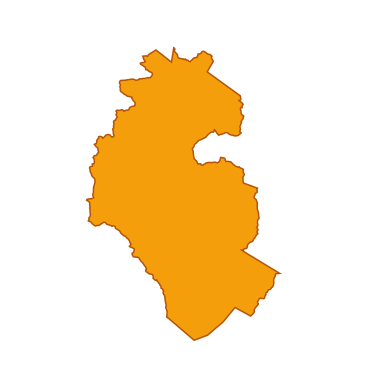 outline of Santa Quitéria, Ceará, Brazil, rotated 208°
{"feature_id": "56859067B17930491929405", "entity_name": "Santa Quitéria", "entity_type": "district", "adm_level": 2, "iso_a3": "BRA", "parent_name": "Brazil", "parent_adm1": "Ceará", "projection": "albers", "projection_center": [-39.983, -4.362], "detail": "fine", "context": "isolated", "style": "filled", "palette": "amber", "viewbox_px": 384, "rotation_deg": 208, "n_neighbors": 0, "source": "geoboundaries", "source_scale": "gbopen_adm2", "svg_char_len": 6101}
<svg xmlns="http://www.w3.org/2000/svg" viewBox="0 0 384 384"><g transform="rotate(208 192 192)"><path d="M294.5,293.6L294.9,292.3L294.8,291.0L296.4,290.7L299.2,288.8L298.3,288.1L297.6,287.1L296.7,286.3L295.4,285.9L294.5,285.0L295.3,283.9L297.3,282.4L298.1,281.4L297.1,280.6L294.7,280.6L293.3,280.3L292.0,280.3L290.2,278.3L288.8,279.1L287.8,278.5L285.8,278.3L284.7,278.5L283.1,278.3L282.2,277.6L282.0,276.0L282.3,274.9L282.4,273.7L283.2,272.9L285.2,271.9L287.0,270.0L288.3,269.4L290.5,267.7L291.6,267.3L292.3,265.6L294.0,264.3L296.3,264.2L298.4,263.3L299.2,262.6L302.4,260.2L303.0,259.6L307.2,257.1L307.7,256.1L307.5,255.2L307.1,254.0L305.9,253.4L305.3,252.5L305.1,250.9L304.0,250.0L303.1,248.0L302.1,247.3L299.7,247.0L298.4,246.6L297.3,246.5L295.9,246.7L294.8,246.3L293.8,246.3L291.1,247.2L289.5,247.4L289.0,246.5L288.1,245.8L286.6,245.1L283.9,244.1L283.7,243.0L282.9,241.6L283.7,240.4L284.8,239.7L286.4,237.8L286.7,236.4L286.3,235.4L286.8,234.5L288.9,233.0L289.8,231.3L291.2,231.9L292.1,231.9L292.9,231.6L293.6,230.5L295.2,229.5L296.3,229.3L297.1,228.4L296.9,227.5L296.0,227.1L295.3,226.0L295.5,224.7L293.2,223.1L293.4,221.8L293.4,220.5L293.2,219.6L293.9,219.0L294.4,217.9L294.0,216.7L292.6,215.2L292.5,213.7L291.3,212.0L291.6,210.7L290.6,209.1L289.7,208.4L289.5,207.5L288.7,206.5L287.7,205.7L287.3,204.8L287.6,203.5L289.1,203.0L291.4,203.9L292.4,203.7L293.5,203.0L294.9,201.6L295.2,199.7L296.0,197.6L297.0,198.3L298.0,198.4L299.9,197.6L300.4,196.7L299.8,195.9L300.3,193.5L300.2,192.5L299.7,191.7L299.2,189.9L299.9,189.2L300.6,188.2L298.5,187.2L295.7,186.6L295.1,185.5L293.2,183.3L293.6,181.4L293.5,180.1L293.9,179.1L295.1,178.5L295.5,177.2L295.5,175.9L293.6,175.0L292.9,173.6L292.1,172.5L291.8,171.3L293.2,169.7L292.5,169.2L292.0,168.0L293.6,166.7L294.0,165.7L293.5,164.8L292.4,163.9L291.8,162.5L288.9,160.4L288.4,159.5L286.5,158.6L284.6,158.2L283.6,157.5L283.0,156.4L282.0,154.4L281.3,150.7L280.9,149.4L278.8,145.2L278.4,143.0L277.7,142.1L276.3,141.0L276.7,139.7L278.3,138.4L280.6,136.9L281.3,136.0L281.1,135.1L279.2,135.2L277.5,134.7L276.1,132.3L274.8,130.9L274.9,129.8L274.1,129.1L273.5,128.4L273.2,127.4L271.0,124.1L270.7,123.3L270.6,122.1L270.9,120.9L270.5,119.9L269.9,119.0L270.0,117.8L267.6,118.1L264.1,116.9L262.7,116.7L261.1,116.7L260.1,118.0L258.7,118.5L257.9,119.5L257.8,120.6L257.1,121.2L256.7,121.9L255.7,123.9L254.7,124.3L253.3,124.2L252.3,123.5L247.9,124.3L246.5,124.1L246.0,124.9L245.0,125.5L243.5,125.3L242.6,124.1L239.5,123.8L238.3,123.8L237.1,123.4L235.8,122.3L231.5,121.3L229.8,121.6L227.7,120.6L226.6,120.7L224.0,119.3L223.4,118.6L221.2,116.9L221.7,114.6L220.3,114.4L218.7,114.8L216.3,114.6L215.7,113.7L215.4,111.2L216.1,109.8L215.4,108.6L213.5,107.3L211.1,108.0L209.7,108.8L208.1,109.0L206.8,108.1L205.0,107.2L201.9,106.1L199.4,104.7L197.5,103.9L195.8,102.5L196.3,101.5L195.8,100.4L194.6,100.0L193.5,100.2L192.3,99.7L190.9,99.6L189.6,100.4L187.8,100.4L186.2,98.7L185.9,97.5L182.8,96.8L181.6,97.8L180.7,96.8L179.8,96.8L178.5,95.8L177.5,95.7L176.6,94.7L175.4,94.5L174.2,92.6L172.6,92.6L171.6,91.7L170.5,91.1L170.4,89.8L169.5,88.7L167.8,87.8L166.9,86.8L166.1,85.7L164.9,83.8L163.9,82.6L163.1,81.5L161.9,80.3L161.4,79.5L161.2,78.0L157.8,74.7L156.5,71.9L155.6,69.6L154.0,69.5L152.4,69.2L120.5,62.1L110.9,73.1L107.3,82.5L103.6,91.6L99.8,110.2L82.0,110.0L81.1,112.5L80.7,114.3L80.8,115.9L81.7,116.9L81.8,119.2L80.8,123.7L81.1,124.6L82.0,125.0L82.8,126.1L82.5,127.2L82.5,129.2L81.9,130.3L78.7,131.4L78.1,132.4L78.7,134.0L78.6,135.2L78.6,136.2L79.1,137.0L79.3,138.1L78.5,138.8L78.6,141.2L77.1,143.0L76.9,144.1L76.9,145.0L76.3,145.9L76.4,148.0L76.9,149.7L78.9,153.4L79.1,157.0L79.7,158.8L79.1,159.5L76.4,161.3L113.3,163.4L121.0,164.0L120.3,164.6L119.3,165.0L119.3,166.4L118.4,167.1L117.4,167.6L117.2,168.6L118.0,170.8L118.0,172.3L117.4,174.4L116.9,175.2L115.9,175.9L115.5,176.6L115.2,177.7L115.5,180.0L115.0,180.8L114.9,184.2L114.3,186.2L115.9,187.2L116.2,188.1L115.8,189.3L117.0,190.5L118.4,191.0L118.1,192.7L118.2,193.6L119.9,195.8L120.5,197.2L120.9,198.8L120.4,199.8L120.8,200.8L122.3,202.8L123.6,205.0L126.0,207.2L127.1,208.9L129.1,212.9L131.8,215.4L134.0,215.8L135.0,216.9L135.0,218.6L135.4,220.6L134.5,221.9L134.4,222.8L135.2,223.6L135.9,224.8L136.0,226.1L150.5,224.1L151.8,225.1L152.9,227.3L153.8,228.4L154.0,231.3L154.2,232.3L155.5,233.0L157.0,234.9L157.3,236.1L158.2,236.2L160.9,235.9L161.9,236.4L162.9,235.7L165.0,235.2L166.2,235.2L167.2,235.6L168.6,235.7L171.3,236.7L172.5,236.7L175.3,235.6L176.1,235.0L177.3,235.4L178.9,237.2L181.3,236.6L182.9,236.0L182.2,233.1L182.2,231.6L183.3,229.6L185.3,229.3L187.2,228.2L188.9,226.8L190.3,226.5L192.5,224.9L193.4,224.0L193.8,222.8L194.4,222.2L194.8,221.2L195.6,220.4L196.7,220.3L197.6,221.0L200.0,219.5L201.5,220.8L202.6,221.5L205.8,222.4L207.6,224.8L209.9,228.2L212.1,230.4L211.6,232.8L212.1,235.3L211.5,236.3L211.0,237.8L210.6,239.8L209.9,241.1L208.3,242.8L205.8,246.5L205.3,247.7L204.8,250.4L203.1,254.0L201.3,254.8L201.0,256.0L201.5,257.4L200.5,257.4L197.9,255.7L196.6,255.3L195.7,254.7L194.8,254.9L194.1,256.0L193.1,256.7L191.3,258.6L190.7,259.6L189.8,260.5L188.6,260.9L187.5,260.9L186.2,260.4L184.8,260.6L182.5,261.3L181.3,261.4L180.2,261.8L179.1,262.4L178.2,263.3L177.3,264.5L177.1,265.5L176.6,266.4L176.4,267.3L178.3,267.7L178.3,268.6L179.0,270.6L180.5,272.3L180.6,274.4L181.0,275.5L180.9,276.5L181.7,277.4L181.5,279.7L181.2,280.6L181.8,281.7L181.8,283.1L182.7,283.6L183.9,283.5L185.3,284.2L187.3,287.2L188.3,287.8L188.6,289.4L187.4,290.0L188.3,291.8L188.0,293.4L189.4,294.1L192.1,294.6L194.1,294.7L192.8,295.3L192.3,296.6L194.5,299.6L235.0,305.2L234.5,317.3L237.7,319.5L238.2,320.3L238.1,321.2L240.6,321.9L242.0,321.3L244.1,321.4L245.5,321.7L247.2,321.8L248.2,321.5L248.9,320.8L249.2,319.7L249.2,318.5L250.6,317.1L251.5,316.6L251.0,315.5L250.9,313.3L253.5,310.9L254.1,308.3L254.6,307.3L254.8,306.2L256.0,305.9L257.6,306.4L258.4,305.8L259.3,306.1L260.5,306.2L261.1,305.2L262.3,305.4L263.3,304.8L264.3,304.7L265.3,304.3L266.3,304.1L267.3,304.1L268.1,304.7L269.6,306.6L273.1,307.8L274.1,308.8L274.0,309.8L274.9,310.7L275.8,310.8L271.1,297.0L290.5,300.5L294.5,293.6Z" fill="#f59e0b" stroke="#b45309" stroke-width="1.5"/></g></svg>